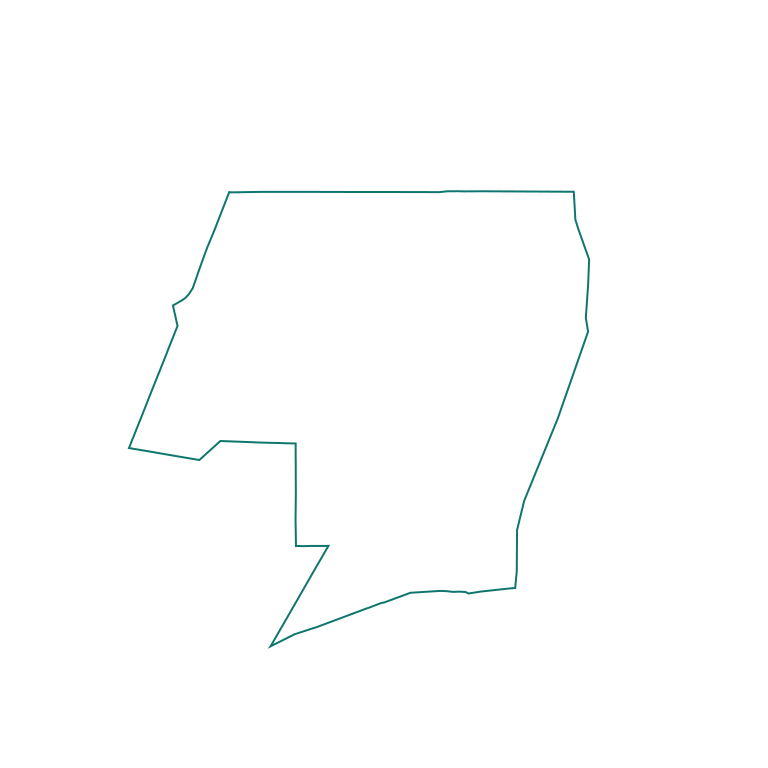 San Miguel Xoxtla, Puebla, Mexico (orthographic projection), rotated 63°
{"feature_id": "50627088B55674968003410", "entity_name": "San Miguel Xoxtla", "entity_type": "district", "adm_level": 2, "iso_a3": "MEX", "parent_name": "Mexico", "parent_adm1": "Puebla", "projection": "orthographic", "projection_center": [-98.306, 19.172], "detail": "fine", "context": "isolated", "style": "outline", "palette": "teal", "viewbox_px": 768, "rotation_deg": 63, "n_neighbors": 0, "source": "geoboundaries", "source_scale": "gbopen_adm2", "svg_char_len": 1473}
<svg xmlns="http://www.w3.org/2000/svg" viewBox="0 0 768 768"><g transform="rotate(63 384 384)"><path d="M218.2,536.4L238.5,541.6L253.1,558.2L259.2,565.0L275.6,583.8L293.1,603.7L303.3,615.2L313.6,627.0L318.3,632.3L318.8,633.0L325.3,640.3L328.2,636.4L340.2,620.2L341.2,618.9L353.8,602.0L367.4,583.7L367.9,583.1L360.5,555.6L361.0,554.8L376.6,526.8L376.8,526.6L381.1,518.8L383.2,514.9L384.5,512.6L385.6,510.5L386.9,508.1L388.8,504.5L392.6,497.7L396.9,489.7L407.0,494.9L413.9,498.3L420.2,501.5L425.7,504.3L443.2,513.1L443.7,513.4L465.9,525.0L471.5,527.7L488.4,536.0L490.4,532.0L491.2,530.8L494.7,523.5L495.1,522.7L502.8,507.5L503.0,507.0L520.8,534.5L545.2,571.8L565.8,603.5L566.2,604.2L566.4,577.2L568.8,561.9L570.2,553.4L570.9,546.9L576.1,501.3L576.5,498.9L577.9,485.5L578.7,483.3L582.0,455.3L593.8,428.0L596.9,422.4L600.5,417.0L603.2,411.2L606.4,405.7L609.0,403.9L613.0,391.7L613.1,391.4L623.3,364.6L625.3,359.7L611.1,350.7L574.6,331.8L551.8,312.2L493.6,244.8L430.0,178.4L416.6,174.1L388.8,157.4L377.6,151.1L366.2,144.7L334.2,140.5L324.5,138.9L300.9,128.5L298.8,127.7L296.0,133.2L255.3,212.0L254.4,213.9L251.3,220.0L248.6,225.5L248.3,226.0L245.7,230.8L245.4,231.4L241.0,240.2L239.7,243.6L238.0,247.9L215.5,291.8L193.9,334.1L180.2,360.8L167.1,386.5L158.1,404.1L157.5,405.3L146.8,427.2L143.7,433.5L142.7,434.7L170.7,466.1L182.2,479.6L195.5,493.9L211.8,510.9L215.5,517.3L217.2,522.2L217.7,525.7L218.0,531.2L218.2,536.4Z" fill="none" stroke="#0f766e" stroke-width="2"/></g></svg>